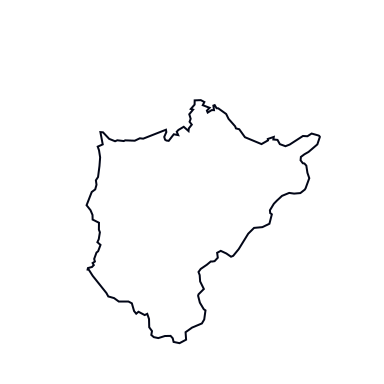 Gurabo, Puerto Rico, rotated 228°
{"feature_id": "32010507B33566817880086", "entity_name": "Gurabo", "entity_type": "district", "adm_level": 2, "iso_a3": "PRI", "parent_name": "Puerto Rico", "parent_adm1": "", "projection": "equal_earth", "projection_center": [-65.978, 18.259], "detail": "fine", "context": "isolated", "style": "outline", "palette": "ink", "viewbox_px": 384, "rotation_deg": 228, "n_neighbors": 0, "source": "geoboundaries", "source_scale": "gbopen_adm2", "svg_char_len": 2154}
<svg xmlns="http://www.w3.org/2000/svg" viewBox="0 0 384 384"><g transform="rotate(228 192 192)"><path d="M252.7,104.8L246.4,104.4L241.5,102.7L238.0,99.7L231.4,102.3L226.3,97.6L223.7,96.6L219.3,91.1L218.0,88.1L213.9,88.6L210.8,82.6L210.9,80.5L207.7,74.5L205.3,73.3L205.7,70.6L203.4,70.1L203.2,67.5L205.1,63.8L204.2,62.5L203.2,63.3L196.1,62.1L174.2,60.8L170.4,59.9L165.3,63.1L159.6,64.3L153.1,71.5L149.5,72.8L142.3,69.3L138.9,69.1L138.8,72.1L132.2,74.5L131.4,77.2L126.4,75.1L120.1,69.7L115.4,69.2L113.0,66.1L109.7,66.5L106.0,69.2L103.1,75.5L99.4,79.8L96.2,79.8L92.9,78.0L88.0,81.6L86.2,88.8L92.1,93.4L91.2,101.3L87.7,111.4L89.1,115.8L95.0,122.8L97.0,122.3L104.5,123.8L110.8,127.1L111.6,128.4L112.0,135.9L120.1,138.2L125.1,142.1L128.2,143.3L129.0,147.0L128.0,154.4L127.8,159.5L126.8,160.5L125.5,162.5L125.9,167.2L130.0,170.0L129.0,174.0L123.3,176.4L117.8,177.7L117.0,179.9L118.3,188.5L123.4,205.9L123.8,214.1L118.8,220.8L116.6,228.3L122.0,236.4L124.0,236.0L126.3,237.7L128.5,245.0L128.8,249.5L128.9,256.3L126.3,263.6L122.5,266.8L118.7,271.8L118.3,277.4L118.7,278.8L123.8,288.4L129.0,290.6L135.1,294.6L138.0,294.6L139.2,293.6L142.9,293.9L145.2,296.4L144.8,300.8L143.8,305.4L143.5,317.0L147.4,323.9L148.6,324.1L149.7,323.6L155.4,320.0L156.2,315.1L159.4,311.9L161.9,296.3L163.5,292.1L168.8,289.3L173.5,290.4L176.6,287.6L178.2,289.6L180.7,283.8L179.5,283.0L181.1,275.7L197.3,268.0L207.0,269.1L209.9,267.2L211.9,268.0L221.9,268.1L227.1,269.6L236.6,267.5L237.8,266.3L241.4,267.0L241.9,265.7L238.1,263.1L239.7,261.4L240.5,256.8L242.5,257.5L242.8,261.4L249.3,258.1L250.6,261.4L254.4,260.0L258.3,255.3L255.2,252.4L254.5,246.7L252.5,247.9L251.6,242.0L247.3,240.0L245.8,237.2L242.2,236.9L241.4,232.2L239.6,230.2L246.0,229.5L247.1,223.9L247.2,223.6L247.0,221.0L243.5,219.8L247.1,217.1L245.6,208.9L247.4,207.4L248.9,207.0L251.5,208.2L253.7,213.0L255.7,214.3L264.3,191.4L266.8,189.2L268.4,183.8L275.1,176.9L275.5,175.4L280.4,171.1L281.2,168.8L286.9,166.0L295.9,165.8L297.8,164.0L287.1,157.5L288.8,152.3L285.2,150.8L279.2,146.9L273.2,140.6L266.0,132.2L265.0,128.4L261.3,125.9L258.7,121.8L259.1,117.5L252.7,104.8Z" fill="none" stroke="#020617" stroke-width="2"/></g></svg>